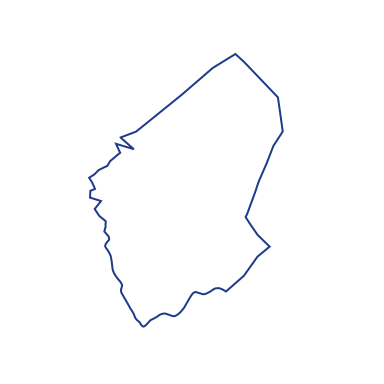 Yabroud, Rif Dimashq, Syria, rotated 302°
{"feature_id": "27442178B56496530106269", "entity_name": "Yabroud", "entity_type": "district", "adm_level": 2, "iso_a3": "SYR", "parent_name": "Syria", "parent_adm1": "Rif Dimashq", "projection": "orthographic", "projection_center": [36.379, 33.94], "detail": "fine", "context": "isolated", "style": "outline", "palette": "blue", "viewbox_px": 384, "rotation_deg": 302, "n_neighbors": 0, "source": "geoboundaries", "source_scale": "gbopen_adm2", "svg_char_len": 3021}
<svg xmlns="http://www.w3.org/2000/svg" viewBox="0 0 384 384"><g transform="rotate(302 192 192)"><path d="M317.8,214.7L330.0,166.8L332.0,155.7L327.2,153.3L311.7,145.6L308.0,143.8L268.3,131.5L213.6,112.6L200.5,102.6L200.2,103.2L199.1,110.1L197.5,120.0L192.6,102.1L189.7,106.4L187.4,110.0L187.2,110.3L187.0,110.2L186.1,109.9L185.6,109.7L174.7,106.2L169.5,106.4L162.9,102.3L161.2,101.3L159.6,100.9L155.2,99.9L149.6,97.2L147.0,102.5L143.7,107.5L143.2,108.1L141.3,106.8L140.5,106.2L139.5,105.4L139.2,105.2L138.9,105.3L133.2,108.5L133.4,109.2L135.8,118.3L136.1,119.6L133.9,119.4L127.9,118.7L126.0,118.5L125.9,118.7L125.1,120.4L122.6,126.1L122.5,126.4L122.0,130.7L121.8,132.2L121.6,133.9L121.5,134.3L121.3,134.4L120.9,134.7L120.5,134.9L118.4,136.0L117.4,136.7L116.4,137.3L115.8,137.5L115.2,137.6L112.8,138.3L112.2,138.5L111.9,138.9L111.9,139.0L111.5,140.5L111.4,140.8L111.0,142.1L110.6,143.0L110.6,143.3L110.6,143.7L110.3,144.3L110.0,144.7L109.8,145.3L109.6,145.5L109.1,146.0L108.9,146.2L107.5,146.9L106.5,146.9L104.7,146.5L103.8,146.5L103.5,146.5L102.3,146.4L101.8,146.5L101.0,146.6L99.9,147.2L99.5,147.7L98.7,149.3L98.4,150.4L98.1,151.0L97.1,152.9L97.1,153.1L96.4,154.2L96.1,154.8L96.0,155.0L94.6,157.0L93.8,157.7L91.7,159.7L91.4,159.9L89.8,161.3L84.9,165.2L83.4,166.7L83.1,167.1L82.7,167.7L81.6,169.2L81.2,170.2L81.0,170.6L80.8,170.9L80.3,172.0L79.6,173.7L79.2,174.7L78.2,177.8L77.8,179.0L77.4,179.7L77.1,180.4L77.0,180.6L76.3,181.7L75.8,182.2L75.7,182.2L74.5,182.7L73.2,183.1L72.6,183.2L71.9,183.4L71.3,183.8L71.1,183.9L70.6,184.1L70.2,184.5L69.3,185.4L68.9,186.1L67.1,189.4L62.9,197.3L60.7,201.2L59.6,203.6L58.1,206.6L57.4,207.6L55.3,210.4L55.0,211.1L54.6,212.1L54.4,212.7L54.3,212.9L54.3,213.0L54.2,213.7L54.1,214.7L53.9,215.5L53.9,215.8L53.9,216.3L53.7,216.6L53.6,216.8L53.5,217.0L53.5,217.3L52.6,218.8L52.5,219.1L52.2,219.8L52.0,221.7L52.0,222.0L52.4,222.4L52.6,222.6L53.4,223.0L55.8,223.7L57.5,224.0L59.5,224.4L61.2,224.7L64.7,226.8L67.3,228.2L70.9,229.8L71.0,229.8L71.7,230.4L72.5,230.9L74.0,232.5L74.8,233.9L75.2,235.5L75.4,236.5L76.0,238.8L76.0,239.3L76.1,239.8L76.5,241.0L77.0,242.4L77.5,243.0L78.2,243.6L80.7,244.8L81.5,245.2L82.2,245.4L82.5,245.5L83.6,245.8L84.1,245.9L84.9,246.0L87.8,246.4L89.2,246.6L89.6,246.6L91.7,246.5L93.3,246.5L95.1,246.4L101.9,246.2L103.6,246.2L104.2,246.2L105.4,246.3L105.6,246.3L106.4,246.4L107.4,246.8L108.9,247.7L109.3,248.8L109.8,250.3L109.8,250.5L109.9,250.8L110.6,253.7L110.6,253.8L110.9,254.7L111.1,255.2L111.2,255.6L111.8,256.5L112.0,256.8L112.3,257.0L113.0,257.6L114.1,258.4L117.0,260.1L120.1,261.5L120.7,261.8L120.9,261.8L121.7,262.2L122.1,262.6L122.7,263.1L123.0,263.3L123.9,264.6L124.3,265.1L124.6,265.6L124.9,266.4L125.4,268.4L125.5,269.6L125.6,270.7L125.6,272.1L125.6,273.5L127.1,274.0L148.4,280.4L171.9,281.8L186.8,286.8L190.3,270.7L190.8,269.4L195.3,258.9L198.2,252.8L199.1,250.8L203.3,250.3L214.0,248.0L224.7,245.8L226.5,245.4L231.2,244.2L235.9,243.1L256.6,240.0L274.2,236.6L291.4,236.9L308.0,223.0L317.8,214.7Z" fill="none" stroke="#1e3a8a" stroke-width="2"/></g></svg>